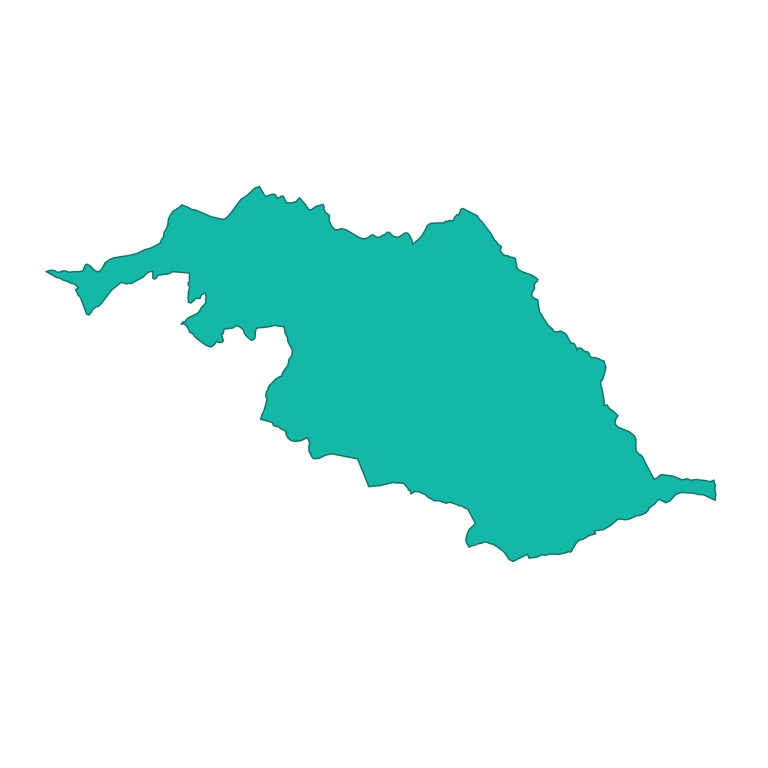 Bradulet, Arges, Romania, rotated 334°
{"feature_id": "2599482B45671858727563", "entity_name": "Bradulet", "entity_type": "district", "adm_level": 2, "iso_a3": "ROU", "parent_name": "Romania", "parent_adm1": "Arges", "projection": "robinson", "projection_center": [24.745, 45.293], "detail": "fine", "context": "isolated", "style": "filled", "palette": "teal", "viewbox_px": 768, "rotation_deg": 334, "n_neighbors": 0, "source": "geoboundaries", "source_scale": "gbopen_adm2", "svg_char_len": 6171}
<svg xmlns="http://www.w3.org/2000/svg" viewBox="0 0 768 768"><g transform="rotate(334 384 384)"><path d="M541.4,273.5L531.7,260.7L529.2,260.8L527.9,262.7L524.6,265.1L524.1,263.9L521.0,264.8L518.0,267.3L516.2,267.1L514.2,265.6L512.7,265.9L510.9,264.8L508.4,265.4L496.6,260.1L492.6,260.5L488.1,264.0L482.9,267.4L477.7,269.4L471.1,270.9L472.1,267.0L472.0,264.0L472.2,262.6L471.8,259.9L471.1,258.5L469.1,257.5L463.5,258.3L460.3,258.1L457.0,255.1L456.3,253.6L455.4,250.3L454.3,249.4L453.3,249.2L450.2,250.0L447.7,249.8L444.6,250.1L442.1,249.4L439.3,244.9L437.3,244.7L433.9,245.4L430.5,245.1L429.5,244.7L426.4,242.3L417.3,228.5L413.5,225.6L410.0,225.2L407.4,223.8L406.0,218.5L406.4,213.4L408.9,208.3L406.5,203.8L406.8,199.9L407.8,198.8L407.9,196.0L400.9,194.5L394.7,195.6L392.8,194.1L392.1,188.6L389.8,179.7L384.4,181.6L379.7,180.5L375.6,178.3L375.9,171.8L375.3,170.5L373.7,170.2L370.3,170.8L369.8,170.1L369.0,165.7L366.3,164.4L360.2,163.7L359.4,162.8L358.6,152.0L353.8,151.3L343.9,154.4L336.6,155.3L319.5,164.1L313.5,166.1L310.7,165.0L302.4,158.3L290.9,145.1L287.6,142.8L285.4,139.5L280.9,134.4L277.5,135.6L270.1,136.3L266.1,138.5L262.3,141.5L259.8,145.8L256.5,149.0L253.0,151.2L250.2,155.2L247.1,156.8L244.3,159.4L234.5,159.6L227.3,158.5L220.0,158.5L212.9,157.2L196.8,152.3L192.7,151.8L186.3,152.8L182.0,156.2L177.4,158.2L175.3,157.2L174.0,155.4L172.9,153.1L171.9,149.5L169.8,146.4L168.6,145.8L166.7,146.7L163.5,150.1L160.7,150.0L153.7,146.8L150.4,145.7L146.4,142.2L144.4,141.5L141.8,141.3L139.3,140.4L137.7,137.7L135.2,136.0L131.8,135.1L129.8,135.1L136.5,144.8L139.1,146.8L141.0,149.7L144.1,152.6L146.9,156.2L149.7,158.7L151.3,162.3L151.6,163.6L148.1,164.2L148.1,170.0L149.1,173.3L147.4,190.8L149.0,192.6L152.9,191.1L153.4,190.1L157.7,188.6L159.5,188.5L161.3,189.0L164.7,188.0L180.8,180.0L192.3,177.5L197.1,181.4L198.7,181.5L200.1,182.6L202.4,182.9L214.7,182.2L218.5,180.8L222.4,180.3L225.6,181.5L222.7,187.5L223.6,189.0L225.8,188.9L228.6,187.2L238.9,190.5L243.5,190.5L257.4,198.8L257.3,200.7L256.0,202.2L254.3,206.4L252.2,207.4L251.5,210.0L251.9,211.6L248.6,215.6L245.2,221.5L244.9,223.8L244.0,224.6L245.4,225.8L245.6,226.5L249.9,225.6L251.8,224.6L253.1,224.8L255.7,226.3L256.7,226.2L258.7,223.9L263.1,223.6L263.1,224.9L262.7,226.6L262.0,228.1L260.7,229.4L259.6,232.9L252.9,235.6L249.1,238.3L246.3,238.7L237.1,238.7L234.2,239.7L232.9,240.8L231.2,240.1L228.7,240.8L228.2,241.4L230.0,241.9L231.1,242.6L232.3,246.7L232.2,252.4L233.6,254.2L234.2,255.5L234.7,258.5L235.4,259.8L235.7,261.3L240.7,270.7L243.3,273.8L244.5,274.8L247.6,274.6L250.6,273.4L251.5,272.5L252.4,272.5L253.7,274.3L256.3,275.5L258.3,274.9L259.0,272.8L259.2,270.0L260.0,267.8L261.2,268.1L261.9,267.8L263.8,265.1L264.9,264.5L268.8,266.2L272.9,267.4L276.4,266.8L278.2,268.0L279.4,269.3L281.5,274.1L280.6,277.4L281.6,281.5L283.8,286.4L285.7,286.9L288.0,286.2L292.0,279.7L293.6,278.2L295.7,278.4L302.6,281.1L308.4,282.9L311.1,282.9L311.9,283.8L319.0,288.6L318.9,290.8L317.6,293.9L317.6,299.9L316.2,303.6L316.5,313.4L314.3,317.1L311.7,319.3L309.5,320.0L305.9,325.0L298.2,329.1L295.2,332.1L293.6,331.7L289.2,332.0L280.1,335.3L278.4,336.4L276.8,338.7L275.2,339.1L273.9,340.9L272.1,343.6L272.9,345.3L268.7,350.7L264.2,355.6L261.3,357.7L257.7,361.7L266.6,369.4L266.6,372.9L268.0,374.5L270.5,376.3L271.7,379.1L275.2,383.7L274.1,385.7L273.9,388.0L274.3,391.1L275.7,393.9L278.6,396.5L284.1,398.4L288.7,398.6L290.5,398.1L291.9,400.7L291.0,405.1L289.1,407.1L287.3,411.2L287.2,418.4L288.2,420.4L292.8,422.3L300.3,422.3L306.5,423.9L327.5,439.7L325.4,469.6L335.8,473.5L349.2,476.5L351.9,478.6L353.9,479.2L356.0,480.8L358.0,481.6L358.4,482.2L359.0,485.1L360.1,488.5L360.0,489.0L359.5,489.2L359.5,490.0L360.1,490.0L360.9,491.8L360.6,492.5L360.8,493.0L359.9,494.2L360.0,494.5L362.7,494.3L363.1,493.9L363.5,494.3L364.5,494.2L367.9,495.9L372.5,501.3L374.1,505.2L377.5,510.2L378.6,511.3L381.8,512.6L387.6,518.4L392.2,519.4L393.1,520.9L396.7,524.2L398.2,526.4L400.4,527.6L402.2,530.7L404.5,533.1L405.0,549.3L402.8,550.3L396.8,552.0L392.5,555.9L389.3,559.8L388.7,561.5L388.9,567.9L392.0,567.8L394.8,568.7L398.6,568.8L401.8,569.9L405.4,569.9L406.9,571.0L409.1,573.7L412.5,576.4L412.9,577.9L414.3,579.7L418.4,588.0L419.5,596.1L422.0,600.0L438.3,599.9L438.1,604.1L445.0,606.5L451.1,606.8L454.4,608.9L458.9,609.7L467.1,614.0L474.8,615.6L476.4,615.6L478.0,616.9L480.3,615.9L480.9,614.8L482.6,614.2L485.8,612.0L490.3,610.0L494.6,610.6L499.0,610.6L499.7,610.1L503.2,610.3L508.5,611.3L508.4,608.2L517.3,611.0L525.9,610.5L534.7,608.0L537.4,609.0L541.8,612.0L543.1,612.4L547.4,613.1L552.8,613.0L556.3,614.3L562.8,614.6L566.3,613.3L567.4,611.9L575.4,610.3L577.4,609.0L580.7,608.2L585.3,614.3L589.9,614.4L598.1,611.1L604.1,612.0L614.9,618.2L617.8,621.0L622.5,623.5L630.7,633.6L633.6,629.0L635.4,623.4L637.8,619.7L637.4,618.2L638.2,616.2L638.2,615.1L634.6,614.9L629.2,610.8L626.0,609.0L623.8,607.2L616.9,604.7L615.9,602.8L613.1,601.3L611.5,601.4L609.7,600.6L603.4,593.6L593.9,587.2L592.0,587.1L588.3,588.1L585.0,588.2L584.3,569.4L584.5,564.5L583.9,560.9L583.4,559.8L582.7,559.7L581.1,554.6L582.1,553.2L583.5,549.2L584.9,547.1L585.7,544.5L586.1,544.5L586.2,540.1L583.7,534.7L575.3,525.2L574.1,521.0L576.6,517.4L580.4,515.0L578.2,509.1L575.8,504.9L575.2,500.6L572.2,499.8L574.0,497.0L577.9,483.6L578.7,478.9L580.4,475.9L581.5,476.4L584.4,473.9L590.0,467.3L590.7,466.2L591.4,461.3L591.9,460.0L589.7,457.9L588.2,455.6L585.3,452.8L581.9,451.1L581.1,449.0L581.9,446.8L581.1,444.4L578.9,443.1L577.1,438.9L575.9,437.6L574.2,436.8L573.0,438.1L572.3,438.4L572.8,433.9L572.7,431.5L571.3,429.8L570.0,429.3L569.5,419.3L568.7,417.6L565.9,413.8L562.2,413.1L560.0,411.4L559.6,410.6L559.6,408.8L557.2,403.2L556.0,392.7L556.1,391.4L555.5,389.1L555.6,387.4L556.8,382.4L559.0,376.3L558.8,375.4L555.9,372.0L555.6,369.1L556.7,367.1L561.2,364.1L561.8,362.8L561.6,361.6L565.2,358.9L566.3,359.2L568.1,357.6L566.6,354.1L563.5,349.8L558.1,344.5L555.2,340.5L554.6,338.6L554.7,336.3L555.7,334.3L556.0,331.4L557.1,329.3L556.3,327.5L552.3,324.7L551.9,323.5L550.5,322.3L549.4,321.9L548.0,320.3L547.0,316.6L547.0,314.9L549.8,312.0L547.6,307.6L547.4,305.6L546.4,302.6L546.0,295.5L543.5,282.7L541.9,277.4L541.4,273.5Z" fill="#14b8a6" stroke="#0f766e" stroke-width="1.5"/></g></svg>